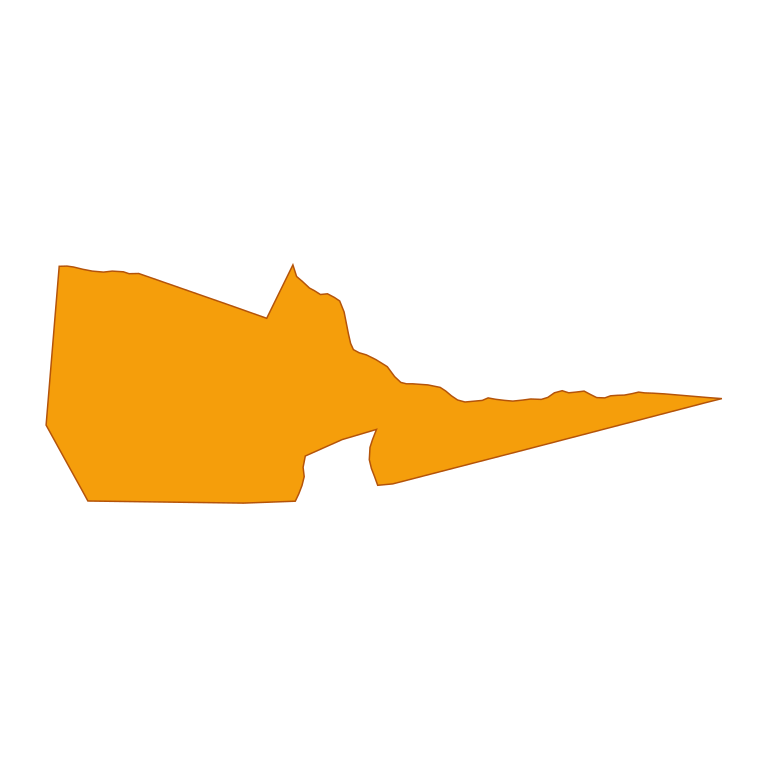 outline of Itaiçaba, Ceará, Brazil
{"feature_id": "56859067B36389495737376", "entity_name": "Itaiçaba", "entity_type": "district", "adm_level": 2, "iso_a3": "BRA", "parent_name": "Brazil", "parent_adm1": "Ceará", "projection": "natural_earth1", "projection_center": [-37.787, -4.712], "detail": "fine", "context": "isolated", "style": "filled", "palette": "amber", "viewbox_px": 768, "rotation_deg": 0, "n_neighbors": 0, "source": "geoboundaries", "source_scale": "gbopen_adm2", "svg_char_len": 1213}
<svg xmlns="http://www.w3.org/2000/svg" viewBox="0 0 768 768"><path d="M59.2,266.3L46.1,425.1L57.6,446.0L66.8,462.7L83.5,492.9L87.9,501.0L243.5,503.1L295.3,501.2L298.8,493.8L302.0,485.5L304.2,476.7L303.1,467.3L305.3,456.0L342.1,439.6L376.5,429.4L372.5,439.6L370.0,447.4L369.3,459.7L371.4,468.4L374.6,476.7L377.7,485.3L392.7,483.9L531.3,448.1L704.7,402.9L721.9,398.6L708.4,397.6L664.8,393.9L653.2,393.2L644.8,392.9L638.6,392.1L632.3,393.6L624.3,395.1L617.6,395.3L610.6,395.8L604.8,397.9L596.7,397.6L590.3,394.4L584.1,391.1L575.8,392.1L568.7,392.8L562.2,390.7L554.4,392.8L547.8,397.4L541.3,399.4L530.7,399.0L522.5,400.1L512.8,401.1L504.7,400.4L495.7,399.3L488.1,397.9L482.3,400.4L474.8,401.1L465.0,402.0L457.6,400.0L451.4,395.8L445.7,391.0L440.2,387.4L427.9,384.9L412.4,383.8L406.4,383.8L400.8,382.4L394.6,376.6L387.3,366.7L375.9,359.6L366.4,354.9L359.0,352.7L353.4,349.6L350.6,343.4L348.4,333.7L344.1,312.0L339.7,301.0L334.5,297.5L327.5,293.8L320.4,294.5L314.6,290.8L309.4,288.0L302.8,281.8L296.6,276.5L292.9,264.9L266.7,318.3L225.4,303.7L138.7,273.5L129.1,273.7L123.4,271.8L112.2,271.1L103.5,272.1L92.3,271.1L82.9,269.3L73.5,267.0L67.0,266.1L59.2,266.3Z" fill="#f59e0b" stroke="#b45309" stroke-width="1.5"/></svg>